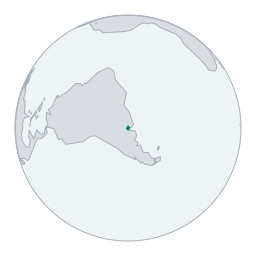 globe centered on Río Negro, rotated 300°
{"feature_id": "URY-9", "entity_name": "Río Negro", "entity_type": "Department", "adm_level": 1, "iso_a3": "URY", "parent_name": "Uruguay", "parent_adm1": "", "projection": "orthographic", "projection_center": [-57.526, -32.894], "detail": "medium", "context": "on_globe", "style": "filled", "palette": "teal", "viewbox_px": 256, "rotation_deg": 300, "n_neighbors": 0, "source": "natural_earth", "source_scale": "10m", "svg_char_len": 3644}
<svg xmlns="http://www.w3.org/2000/svg" viewBox="0 0 256 256"><g transform="rotate(300 128 128)"><circle cx="128" cy="128" r="113" fill="#eef3f6" stroke="#a8b0b8"/><path d="M100.7,18.7L100.0,18.9L101.1,18.8L103.4,18.2L104.6,17.8L113.7,16.3L123.0,15.5L123.3,15.5L130.1,15.6L130.2,15.8L124.8,16.2L116.9,16.6L109.9,18.3L118.4,16.8L118.6,17.7L120.3,17.8L122.5,17.6L124.0,17.2L124.9,17.5L116.9,18.9L115.9,18.6L118.5,18.1L114.7,18.4L109.3,19.9L109.9,20.5L101.1,22.9L101.4,23.5L99.7,24.6L99.8,23.4L99.4,25.7L89.2,30.9L88.4,36.7L84.9,33.2L81.1,33.9L76.3,35.7L76.0,36.6L70.1,38.3L63.9,42.8L60.6,48.8L61.8,52.1L68.6,49.3L71.1,46.1L76.4,43.8L71.5,51.9L80.6,50.0L79.1,56.0L81.5,58.3L86.3,56.3L91.2,56.7L95.0,52.5L101.0,49.7L100.8,54.5L104.3,49.7L107.5,51.6L119.6,50.5L118.6,51.6L128.7,57.3L140.1,60.4L142.8,64.5L141.4,66.9L145.4,68.0L145.5,69.6L161.9,74.5L170.5,80.7L170.4,86.9L163.5,93.0L157.8,109.0L145.5,113.1L142.8,120.3L134.0,131.1L126.5,130.0L129.2,135.9L125.4,139.5L120.6,139.8L120.3,144.1L116.8,144.4L119.4,147.2L114.6,153.3L116.9,158.1L113.6,163.3L115.3,166.2L113.8,166.2L112.3,167.5L112.5,169.2L107.4,167.1L104.9,160.6L106.0,157.1L104.0,156.9L106.2,148.1L104.3,150.1L103.2,138.3L105.1,128.6L104.8,103.8L102.1,99.6L93.5,95.8L82.9,82.4L85.4,75.8L83.3,73.6L90.3,64.2L88.7,57.7L86.3,57.3L83.7,60.4L75.7,58.5L73.2,54.7L51.1,57.9L49.4,57.2L50.2,54.0L47.5,50.0L46.5,56.1L44.6,56.3L43.9,54.9L45.4,53.2L46.4,50.6L45.3,51.5L45.5,51.4L51.2,45.6L57.3,40.3L63.9,35.4L70.7,31.0L77.9,27.1L85.3,23.8L92.9,21.0L100.7,18.7ZM87.4,39.1L97.7,40.2L91.4,41.9L92.7,41.0L90.1,40.2L85.3,40.1L79.8,42.4L87.4,39.1ZM93.1,34.4L91.2,34.5L93.1,34.1L93.1,34.4ZM116.3,172.1L108.0,168.1L112.5,169.7L114.8,166.7L119.5,170.1L116.3,172.1ZM123.5,164.7L126.7,163.2L127.7,164.0L125.7,165.3L123.5,164.7ZM201.3,42.5L202.3,43.6L200.0,42.1L195.6,38.9L189.3,33.6L192.3,35.5L201.3,42.5ZM237.1,155.9L235.3,162.0L233.9,162.3L230.7,169.6L229.5,169.2L227.2,172.8L224.3,174.7L220.8,174.9L218.4,168.7L220.9,164.8L223.8,154.9L228.8,134.3L232.3,128.4L233.2,122.2L231.1,105.3L231.8,99.4L230.6,95.4L228.5,93.7L226.7,89.0L225.2,87.5L213.5,81.2L208.2,74.4L197.9,58.6L198.8,55.0L196.0,49.6L199.6,41.9L203.8,45.1L207.6,48.3L213.3,54.4L218.5,60.9L223.2,67.8L227.4,75.0L231.0,82.5L234.1,90.2L236.6,98.2L238.5,106.3L239.8,114.5L240.5,122.9L240.6,131.2L240.0,139.5L238.9,147.8L237.1,155.9ZM202.3,47.1L203.1,48.4L203.1,48.5L202.3,47.1ZM120.0,50.4L121.4,51.3L119.4,51.4L120.0,50.4ZM90.2,43.8L92.5,43.4L93.7,43.8L91.9,44.4L90.2,43.8ZM110.2,40.8L113.0,40.9L110.0,41.5L110.2,40.8ZM99.4,40.4L108.0,40.9L102.3,42.8L96.9,42.7L100.7,41.7L99.4,40.4ZM91.5,36.7L92.9,36.6L92.3,37.4L91.5,36.7ZM94.4,34.1L93.8,34.3L93.3,33.9L94.4,34.1ZM119.0,17.6L119.7,17.5L121.9,17.4L120.7,17.7L119.0,17.6ZM132.9,16.7L134.0,17.4L132.3,16.9L130.9,17.2L125.5,16.8L130.0,15.9L128.9,16.3L132.9,16.7ZM119.6,16.5L122.5,16.6L119.2,16.5L119.6,16.5ZM187.9,223.0L185.6,224.4L186.6,223.6L187.9,223.0ZM228.3,179.3L226.8,181.9L228.0,179.1L230.6,174.1L233.2,168.2L228.3,179.3Z" fill="#d9dde1" stroke="#a8b0b8" stroke-width="1"/><path d="M126.6,129.0L126.5,128.9L126.6,128.6L126.7,128.4L126.9,128.4L127.0,128.4L127.1,128.2L127.0,127.9L127.0,127.7L127.0,127.4L126.9,127.3L126.9,127.2L127.0,127.2L127.1,127.3L127.4,127.4L127.5,127.4L127.9,127.3L128.0,127.2L128.3,127.1L128.5,127.1L128.8,127.0L129.0,127.0L129.3,127.1L129.5,127.2L129.6,127.3L129.5,127.6L129.4,127.9L129.2,128.0L128.9,128.2L128.9,128.3L128.7,128.2L128.6,128.3L128.7,128.5L128.5,128.4L128.4,128.5L128.4,128.4L128.2,128.4L127.9,128.3L127.7,128.3L127.4,128.3L127.3,128.5L127.2,128.5L127.0,128.8L126.9,128.8L126.7,129.0L126.6,129.0Z" fill="#14b8a6" stroke="#0f766e" stroke-width="1.5"/></g></svg>